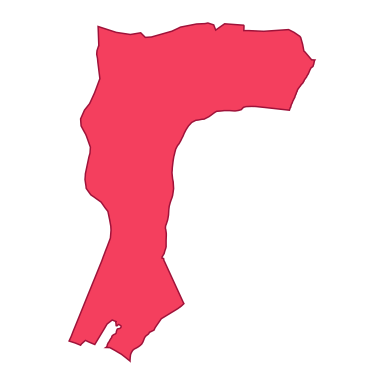 outline of Barito Selatan, Kalimantan Tengah, Indonesia
{"feature_id": "22746128B74191069780867", "entity_name": "Barito Selatan", "entity_type": "district", "adm_level": 2, "iso_a3": "IDN", "parent_name": "Indonesia", "parent_adm1": "Kalimantan Tengah", "projection": "albers", "projection_center": [115.007, -1.964], "detail": "fine", "context": "isolated", "style": "filled", "palette": "rose", "viewbox_px": 384, "rotation_deg": 0, "n_neighbors": 0, "source": "geoboundaries", "source_scale": "gbopen_adm2", "svg_char_len": 5220}
<svg xmlns="http://www.w3.org/2000/svg" viewBox="0 0 384 384"><path d="M147.5,334.7L148.3,334.1L148.8,333.5L149.2,332.8L149.5,332.2L149.8,332.2L154.0,330.1L155.0,327.9L156.1,326.2L161.3,318.7L170.8,312.9L173.8,311.1L177.7,308.7L181.5,305.9L183.9,303.6L183.2,302.3L164.5,261.6L164.2,261.1L163.9,260.4L163.6,258.5L162.1,258.2L162.1,256.9L164.1,253.6L164.9,250.7L165.7,248.4L166.1,246.8L166.1,240.3L166.3,235.7L166.3,233.5L165.8,229.8L165.4,228.3L165.6,225.8L166.3,224.1L166.9,222.2L167.5,220.4L167.8,219.1L168.5,215.1L168.8,209.9L169.2,206.4L170.2,202.6L171.2,199.7L172.0,197.6L172.6,195.5L173.1,192.3L173.6,188.6L173.5,186.9L173.2,181.9L172.6,179.0L172.0,173.1L172.0,172.3L172.2,170.1L172.3,167.8L172.8,163.4L173.1,161.0L173.8,156.6L174.6,153.6L174.6,153.4L175.7,149.1L177.4,145.8L179.1,143.6L180.8,140.6L181.9,138.3L183.0,136.2L184.2,133.3L186.1,129.6L188.5,125.9L191.7,122.4L195.8,120.3L198.3,120.0L201.8,119.3L204.2,119.1L206.5,117.9L208.9,116.7L211.0,115.2L213.4,113.4L215.1,112.2L216.7,111.3L220.6,111.0L224.2,110.6L229.9,110.6L234.0,110.9L235.5,110.9L238.2,110.5L241.2,109.7L243.5,107.3L246.0,106.6L251.7,106.4L255.8,106.5L259.4,106.9L265.2,107.5L289.4,110.2L289.6,109.6L289.8,109.0L290.0,108.5L290.1,108.0L290.2,107.8L290.4,107.6L290.5,107.4L290.7,107.2L290.8,106.5L291.0,105.8L291.1,105.4L291.3,104.8L291.4,104.4L291.5,104.2L291.8,103.7L292.0,103.3L292.1,103.2L292.2,102.8L292.3,102.6L292.4,102.3L292.6,101.8L292.8,101.2L293.0,100.7L293.2,100.4L293.3,100.2L293.5,99.9L293.6,99.7L293.7,99.2L293.8,99.1L294.0,98.8L294.1,98.7L294.2,98.4L294.3,98.2L294.6,97.7L294.8,97.4L294.9,96.9L294.9,96.7L295.2,95.9L295.5,95.1L295.6,94.8L295.8,94.4L296.1,94.0L296.2,93.8L296.2,93.5L296.2,93.4L296.3,93.0L296.4,92.6L296.5,92.4L296.7,92.0L296.9,91.8L297.0,91.6L297.2,91.1L297.2,90.7L297.3,90.4L297.4,90.2L297.5,89.9L297.7,89.7L297.8,89.5L297.9,89.2L298.1,89.0L298.2,88.7L298.4,88.5L298.5,88.3L298.7,88.1L298.9,87.9L299.1,87.5L299.3,87.3L299.4,87.0L299.8,86.6L300.1,86.3L300.2,86.1L300.3,86.0L300.4,85.9L300.5,85.6L300.7,85.4L300.8,85.1L301.0,85.0L301.2,84.8L301.3,84.6L301.4,84.4L301.5,84.3L301.6,84.2L302.0,83.9L302.3,83.6L302.5,83.3L302.8,83.0L303.0,82.8L303.0,82.7L303.2,82.4L303.2,82.2L303.3,82.0L303.7,81.5L303.8,81.3L304.0,81.0L304.1,80.8L304.1,80.6L304.2,80.4L304.2,80.2L304.3,80.0L304.5,79.7L304.9,79.3L305.0,79.1L305.1,78.9L305.3,78.6L305.5,78.4L305.8,78.0L306.0,77.6L306.3,77.3L306.4,77.1L306.5,77.0L306.6,76.9L306.8,76.5L306.9,76.0L307.0,75.8L307.1,75.6L307.3,75.4L307.4,75.2L307.6,74.9L307.8,74.6L308.1,74.3L308.1,74.2L308.2,73.9L308.2,73.7L308.3,73.6L308.5,73.4L309.9,70.0L311.0,67.9L312.9,66.5L313.2,65.8L313.4,64.9L313.7,64.3L314.1,62.3L314.5,60.6L314.9,60.0L311.6,59.8L304.8,51.8L303.9,51.1L302.6,44.3L300.7,37.5L299.8,36.3L294.1,32.4L288.6,29.6L263.7,31.3L248.6,30.6L243.8,30.6L243.9,28.8L244.0,25.8L243.6,25.2L224.6,23.8L219.6,27.3L215.7,30.1L213.7,24.9L207.9,23.0L205.0,23.6L196.5,24.0L180.5,27.1L177.9,28.4L171.9,31.2L164.5,33.3L151.4,37.0L145.3,37.4L140.7,32.8L130.4,34.5L116.3,32.4L98.1,26.5L98.2,28.8L98.3,31.7L98.8,45.6L98.7,45.6L97.0,50.7L96.7,54.3L97.5,58.4L97.9,62.5L99.9,78.8L99.6,79.4L98.4,82.6L96.4,88.0L94.5,93.0L90.4,102.0L89.5,103.8L84.5,110.1L80.6,118.9L81.1,125.9L83.4,130.2L85.8,134.5L86.0,135.1L86.3,135.7L87.6,139.3L89.9,145.8L90.4,147.1L90.0,153.2L88.9,157.1L85.4,173.7L85.3,175.7L85.0,179.5L85.6,183.7L86.0,186.1L86.2,188.3L86.8,189.2L89.5,193.0L90.9,194.9L94.3,197.2L96.2,198.6L98.9,200.5L101.1,202.1L102.4,203.9L105.1,207.8L107.9,211.4L108.0,211.9L108.6,214.7L109.6,219.5L110.2,222.8L110.8,226.2L111.0,229.8L111.0,230.6L110.4,238.1L107.4,246.1L105.3,251.4L104.7,253.1L104.0,254.9L103.3,256.7L101.8,260.9L95.5,276.4L95.1,277.4L92.5,283.7L91.1,287.2L87.3,296.5L82.0,309.6L79.5,315.8L75.1,326.6L73.7,330.0L72.8,332.3L71.3,336.2L69.1,341.0L69.9,341.3L75.2,343.0L80.6,345.2L81.3,344.1L85.4,340.4L86.3,340.8L88.4,341.8L92.1,343.4L93.8,344.1L94.8,344.5L95.0,344.1L104.5,328.4L106.2,325.5L107.1,324.0L112.2,320.0L116.1,321.6L115.8,322.3L115.8,322.8L116.0,323.3L116.1,325.2L116.2,325.7L116.6,325.8L117.0,325.8L117.3,325.5L117.7,325.2L118.1,324.7L118.5,324.5L118.8,324.5L119.1,324.6L120.4,325.4L120.9,325.8L121.1,326.2L121.1,326.8L120.9,327.3L120.7,327.7L120.2,328.1L119.7,328.4L119.1,328.6L118.4,328.7L117.9,328.8L117.4,329.0L117.2,329.3L117.0,329.7L116.8,330.2L116.5,331.1L116.3,331.9L116.3,332.2L116.2,332.9L115.7,333.6L115.3,333.9L114.2,334.4L113.6,334.7L112.8,335.3L112.2,335.8L111.9,336.4L111.8,336.6L111.8,336.9L111.8,337.0L111.7,337.4L111.4,337.9L111.1,338.2L110.8,338.6L110.6,339.0L110.3,339.4L109.9,340.1L109.4,341.1L109.0,341.8L108.6,342.3L108.1,343.0L107.6,344.2L107.4,344.5L107.3,344.9L107.2,345.6L107.0,346.1L106.8,346.6L106.5,347.0L106.2,347.3L105.9,347.5L109.8,347.6L114.7,350.3L115.1,350.5L116.4,351.3L121.5,354.3L127.0,358.6L127.3,358.9L129.9,360.9L130.0,361.0L130.0,360.1L130.1,359.0L130.2,357.3L130.4,356.0L130.5,354.8L130.7,354.3L130.9,353.6L131.3,352.8L131.7,352.0L132.3,351.0L132.6,350.5L133.1,350.0L133.7,349.5L134.3,349.0L135.1,348.6L136.3,348.0L137.9,347.1L138.9,346.4L140.0,345.6L141.2,344.5L141.8,343.9L142.4,342.8L142.8,342.2L143.5,340.5L144.5,337.9L145.2,336.8L145.6,336.3L146.3,335.6L147.3,334.9L147.5,334.7Z" fill="#f43f5e" stroke="#9f1239" stroke-width="1.5"/></svg>